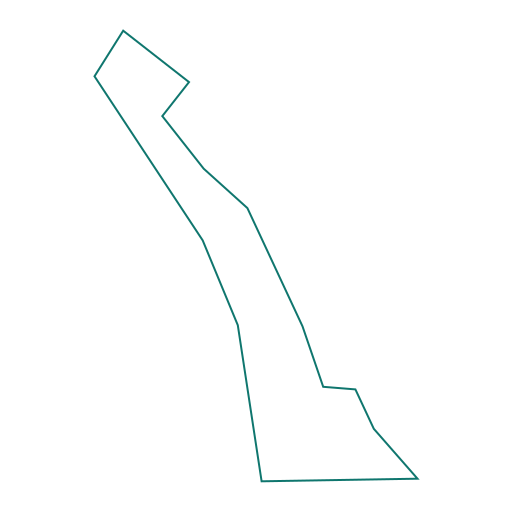 SVG path tracing the border of Navotas
{"feature_id": "PHL-5544", "entity_name": "Navotas", "entity_type": "Highly Urbanized City", "adm_level": 1, "iso_a3": "PHL", "parent_name": "Philippines", "parent_adm1": "", "projection": "robinson", "projection_center": [120.945, 14.665], "detail": "fine", "context": "isolated", "style": "outline", "palette": "teal", "viewbox_px": 512, "rotation_deg": 0, "n_neighbors": 0, "source": "natural_earth", "source_scale": "10m", "svg_char_len": 303}
<svg xmlns="http://www.w3.org/2000/svg" viewBox="0 0 512 512"><path d="M261.6,481.3L237.8,325.2L202.7,240.4L94.5,76.3L123.2,30.7L189.0,82.1L162.3,116.1L203.7,168.7L247.4,208.1L302.5,326.3L323.2,386.8L355.4,389.4L373.8,428.8L417.5,478.7L261.6,481.3Z" fill="none" stroke="#0f766e" stroke-width="2"/></svg>